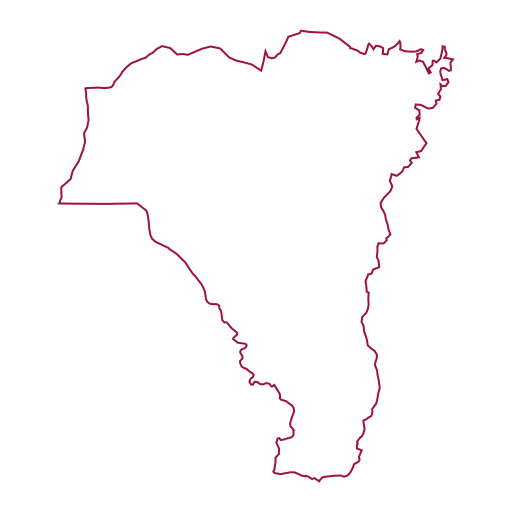 Faranah, Faranah, Guinea
{"feature_id": "49546643B80456504828542", "entity_name": "Faranah", "entity_type": "district", "adm_level": 2, "iso_a3": "GIN", "parent_name": "Guinea", "parent_adm1": "Faranah", "projection": "orthographic", "projection_center": [-10.65, 9.821], "detail": "fine", "context": "isolated", "style": "outline", "palette": "rose", "viewbox_px": 512, "rotation_deg": 0, "n_neighbors": 0, "source": "geoboundaries", "source_scale": "gbopen_adm2", "svg_char_len": 5431}
<svg xmlns="http://www.w3.org/2000/svg" viewBox="0 0 512 512"><path d="M85.4,88.3L86.2,93.9L86.1,96.4L86.7,100.8L87.8,105.5L88.0,114.1L88.6,119.9L87.1,127.6L84.0,133.3L85.1,141.8L83.0,150.2L81.0,155.2L78.6,161.6L72.8,170.6L70.6,179.0L61.2,187.3L61.5,195.6L61.7,197.4L60.9,199.0L60.1,200.6L59.7,202.5L59.1,203.4L68.1,203.6L104.8,203.9L106.3,203.9L116.3,203.7L118.5,203.7L124.3,203.6L137.1,203.4L137.4,203.5L140.6,206.1L146.3,210.6L147.4,213.4L147.8,215.9L148.5,219.7L149.3,229.1L150.5,235.5L151.6,237.7L152.2,238.8L152.3,239.0L152.6,239.2L155.5,241.8L168.6,248.0L168.9,248.7L176.5,253.8L182.6,259.8L185.5,262.7L189.2,268.4L193.0,274.0L195.5,276.5L196.5,277.9L201.3,284.0L202.5,286.2L203.1,287.2L203.3,287.6L204.1,289.6L204.8,291.4L205.0,292.0L205.9,299.0L206.5,300.2L207.3,301.8L209.7,303.7L211.8,304.0L212.7,304.1L215.9,304.1L217.9,304.6L218.7,305.4L219.3,306.0L219.3,307.2L219.4,308.4L221.1,311.0L221.8,316.2L222.2,319.4L222.3,320.0L222.9,320.8L224.3,322.3L225.5,322.3L226.7,322.4L231.7,328.3L237.1,332.8L237.2,334.2L237.3,334.5L234.0,337.2L233.0,338.9L236.8,341.9L237.8,342.7L245.3,343.8L246.3,344.6L246.7,345.7L245.4,347.7L241.4,349.6L240.3,351.2L240.2,352.5L242.5,356.7L242.5,358.3L240.1,361.1L240.1,363.1L241.6,366.3L241.7,366.6L244.0,368.0L246.4,368.8L249.6,371.6L252.4,373.2L253.7,374.9L252.9,377.0L250.7,378.7L249.4,381.5L250.0,383.0L251.4,384.7L252.9,384.7L254.5,381.8L257.2,382.0L259.1,383.3L260.0,384.0L262.9,384.5L265.7,383.2L269.2,383.6L271.3,386.3L272.0,386.7L272.4,386.4L274.2,384.9L275.9,387.4L279.9,394.2L280.1,397.3L279.7,398.2L280.9,399.6L286.1,401.2L292.1,405.7L293.7,408.2L294.2,411.3L292.5,415.8L291.5,418.4L290.2,422.9L290.4,425.6L290.9,425.8L290.4,425.6L290.4,426.1L293.6,429.9L293.4,429.9L293.4,431.9L293.6,434.7L292.8,436.0L292.3,436.7L289.1,438.1L288.1,438.1L286.9,438.5L284.5,439.4L281.3,439.9L280.7,440.0L279.8,438.7L279.3,438.1L278.0,438.3L277.8,438.4L277.5,439.2L276.3,442.5L276.7,443.4L279.0,448.3L278.9,454.0L275.5,457.8L275.5,462.0L274.4,469.4L273.9,470.5L273.4,471.5L274.4,473.0L280.7,474.1L283.9,473.5L290.3,472.3L291.5,472.3L294.5,472.3L302.4,475.8L305.4,476.3L305.6,475.8L306.3,476.0L307.0,476.2L308.2,476.6L310.2,477.9L312.1,479.0L314.4,478.1L317.0,479.8L318.5,480.8L319.3,481.3L320.0,479.9L322.7,477.3L325.6,476.7L328.2,476.5L332.9,475.8L341.0,475.5L344.1,476.7L347.5,475.6L350.4,472.4L352.6,468.2L354.1,464.1L355.7,463.2L358.4,461.8L359.6,459.9L359.0,456.8L361.7,450.3L357.0,448.5L356.8,445.2L357.7,444.0L357.6,443.5L357.1,441.7L360.0,437.7L362.0,436.1L363.2,433.7L364.6,429.3L363.7,423.4L363.3,420.7L366.3,419.2L369.6,416.9L371.5,415.7L372.4,411.9L372.2,409.0L373.3,407.5L376.2,403.6L377.2,399.6L378.3,393.3L379.7,387.9L379.1,382.9L378.6,379.6L377.6,375.3L377.1,370.6L374.9,364.9L375.8,360.7L376.7,358.4L377.0,355.1L374.7,351.0L371.3,348.6L367.7,345.3L367.3,342.2L366.5,338.4L365.3,334.8L364.2,331.8L363.5,325.6L361.5,322.1L362.3,316.9L366.3,312.8L367.9,308.9L368.6,304.6L368.3,299.3L368.5,295.4L368.7,292.6L366.8,291.8L366.2,285.1L365.5,281.4L368.2,274.5L371.5,273.7L373.1,269.5L379.2,267.1L378.5,260.5L376.8,257.0L377.5,250.9L377.4,246.7L377.6,246.1L378.5,243.3L380.8,243.5L383.8,243.3L386.7,240.4L386.4,238.2L388.2,236.9L390.4,234.3L388.5,229.4L387.6,224.6L385.8,219.0L385.1,214.5L383.2,210.7L381.2,207.5L380.9,205.7L380.6,203.0L383.0,199.2L384.0,197.7L390.4,191.1L392.3,186.5L389.8,180.6L390.9,177.4L391.0,177.0L391.6,174.1L396.8,175.8L400.6,173.0L402.5,171.2L404.0,167.4L408.2,166.9L411.8,162.8L410.0,160.5L411.3,158.3L415.2,157.9L418.9,157.3L416.3,152.2L421.2,151.1L423.8,147.0L426.5,143.2L422.4,137.4L419.0,132.5L416.5,128.8L419.3,120.0L419.6,117.8L416.7,119.3L416.5,117.9L419.6,114.7L419.3,110.1L417.6,109.4L415.1,107.8L415.7,104.5L420.8,104.8L428.2,108.6L432.8,107.9L436.5,103.8L435.8,100.5L439.4,99.9L440.4,96.6L438.1,93.8L440.9,89.2L440.5,84.3L442.6,86.2L445.7,86.0L448.5,82.2L447.5,79.7L447.3,79.1L442.6,80.2L441.4,76.3L440.6,74.2L440.2,71.3L441.2,68.4L442.5,68.2L444.2,68.0L446.4,69.1L449.0,70.9L450.9,70.1L450.9,67.2L450.4,62.9L451.1,61.8L452.9,59.4L448.5,58.4L444.3,57.7L446.2,55.4L446.5,53.2L445.5,51.0L444.8,49.5L444.7,46.7L442.6,46.4L442.5,48.6L441.7,53.1L440.3,58.7L436.4,62.4L434.0,60.7L432.7,60.8L432.5,65.1L430.6,66.6L428.3,68.5L430.7,72.5L428.8,73.4L426.3,68.1L422.9,61.7L419.5,60.5L416.3,61.8L417.7,56.9L417.2,54.2L421.4,52.8L423.2,50.1L420.9,49.2L416.1,51.5L411.5,51.7L404.6,51.2L400.2,49.4L400.5,47.4L400.3,42.5L399.6,41.1L397.4,43.8L395.2,46.0L391.8,48.0L389.0,49.0L388.1,51.4L387.5,54.4L385.2,54.2L382.6,53.8L383.0,51.9L383.2,48.1L379.9,46.4L376.0,45.7L373.5,49.2L371.6,46.2L369.1,43.6L368.2,44.8L367.2,49.1L365.3,53.8L364.0,54.0L363.5,53.7L362.9,53.5L360.4,52.8L358.4,51.2L356.9,50.3L354.6,49.6L352.8,48.7L350.1,48.1L350.0,46.8L339.3,38.5L327.1,32.6L320.3,32.5L309.7,32.0L301.1,30.7L299.7,33.1L288.5,36.7L284.9,44.3L280.3,53.1L277.5,54.5L275.1,57.5L271.6,58.3L268.1,57.1L267.9,57.0L265.5,51.3L263.3,62.5L261.1,70.6L251.8,64.5L243.7,62.3L236.2,60.6L229.4,57.6L221.4,49.7L220.1,48.4L210.5,46.5L201.9,48.8L187.8,54.8L183.1,54.0L177.2,54.5L173.8,51.4L170.3,48.1L162.1,46.1L161.0,46.7L157.0,48.8L154.2,51.4L153.3,52.2L153.0,52.6L152.6,53.0L151.2,53.5L150.0,54.1L147.8,55.7L146.1,57.2L145.8,57.7L142.1,58.8L136.2,61.3L131.2,63.3L126.7,67.0L122.8,71.2L119.9,75.8L116.9,79.2L114.4,81.8L113.5,84.3L112.0,86.6L111.9,86.7L110.9,87.2L109.1,87.6L106.6,87.9L104.4,88.1L99.9,87.7L96.6,87.7L93.7,87.8L89.7,87.9L85.4,88.3Z" fill="none" stroke="#9f1239" stroke-width="2"/></svg>